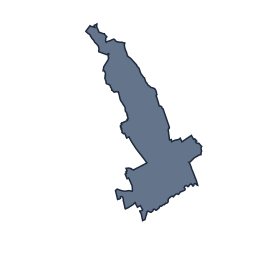 Crangurile, Dâmbovita, Romania (Equal Earth projection), rotated 305°
{"feature_id": "2599482B43839150366531", "entity_name": "Crangurile", "entity_type": "district", "adm_level": 2, "iso_a3": "ROU", "parent_name": "Romania", "parent_adm1": "Dâmbovita", "projection": "equal_earth", "projection_center": [25.247, 44.765], "detail": "fine", "context": "isolated", "style": "filled", "palette": "slate", "viewbox_px": 256, "rotation_deg": 305, "n_neighbors": 0, "source": "geoboundaries", "source_scale": "gbopen_adm2", "svg_char_len": 5825}
<svg xmlns="http://www.w3.org/2000/svg" viewBox="0 0 256 256"><g transform="rotate(305 128 128)"><path d="M155.1,199.0L155.3,197.9L156.1,194.8L155.6,193.9L155.1,193.6L155.1,192.1L155.3,191.7L155.3,191.3L155.4,191.2L156.1,191.2L156.8,191.7L157.4,188.9L156.3,188.4L158.1,184.5L158.3,184.2L147.6,180.1L149.6,176.6L148.3,176.4L148.0,176.2L147.5,175.9L145.2,173.7L144.2,173.0L141.8,171.6L143.4,170.1L142.0,168.9L149.6,161.9L150.4,161.8L150.8,161.6L151.4,161.9L151.7,161.8L152.0,161.4L152.4,161.4L162.7,147.2L163.8,145.8L163.7,145.3L163.8,144.6L164.6,143.6L164.7,143.1L164.5,141.9L164.5,141.7L164.0,140.9L166.2,138.3L170.0,133.5L170.0,133.3L169.9,133.2L170.9,132.3L171.1,132.3L171.3,132.5L171.9,132.6L172.0,132.3L172.8,131.4L173.5,130.9L174.1,129.9L174.8,129.2L175.1,128.3L175.3,127.7L175.6,127.3L175.6,127.0L175.0,126.0L175.1,125.4L174.9,124.7L174.4,123.5L174.4,122.9L174.6,122.1L174.6,121.4L174.6,119.5L174.9,119.2L175.4,118.1L175.8,117.0L175.8,116.5L176.0,116.0L178.4,112.8L178.5,112.6L178.4,112.0L178.6,111.1L179.0,110.2L179.7,107.9L180.8,106.0L183.1,103.0L183.4,102.0L183.7,100.6L184.2,99.4L184.6,98.8L186.6,90.1L186.6,86.5L187.0,86.2L187.6,85.1L189.1,83.4L190.6,80.9L191.7,79.5L193.3,77.9L194.2,77.2L195.8,76.7L195.8,76.4L195.5,76.1L195.1,75.3L195.0,74.3L194.8,74.1L194.6,73.5L194.0,72.8L193.6,72.1L193.2,71.3L192.8,70.8L192.8,70.4L192.4,69.4L192.4,69.1L192.1,67.8L192.1,67.6L192.2,67.4L192.6,66.9L192.8,66.5L192.7,65.7L192.5,65.2L191.1,64.3L190.2,63.8L189.3,63.3L186.9,61.4L185.7,60.9L186.5,59.8L186.9,59.3L187.4,59.2L188.8,58.3L189.1,58.2L190.5,58.4L190.5,57.9L190.9,57.0L191.1,55.9L191.1,55.5L191.7,54.6L190.9,53.2L190.3,50.7L189.8,49.4L193.1,44.1L195.2,43.0L195.4,42.8L194.3,42.5L192.6,41.4L191.9,42.0L191.4,43.0L190.0,39.2L190.0,38.2L183.0,38.0L182.6,40.2L182.6,42.2L182.7,43.0L182.5,43.3L182.4,43.7L182.3,44.0L181.9,44.6L181.6,44.8L181.5,45.5L180.9,46.5L180.8,46.8L180.6,47.6L180.4,48.6L180.0,50.1L179.5,50.8L179.2,51.5L178.8,53.8L178.3,56.2L178.0,56.8L177.8,56.9L177.0,58.1L175.7,59.2L174.9,59.4L173.7,60.3L175.9,68.6L176.2,68.9L177.0,69.2L177.6,69.2L177.7,69.7L177.7,69.9L177.1,69.9L177.1,69.7L176.9,69.6L176.1,70.0L175.5,70.5L175.2,70.9L174.6,71.3L174.5,71.8L173.5,72.2L173.1,72.4L172.3,72.6L164.4,73.0L160.5,74.8L161.2,75.8L160.6,77.1L159.8,78.2L159.1,78.7L158.1,79.0L157.8,79.2L157.7,79.7L157.3,79.8L156.6,79.9L155.9,80.1L154.3,82.1L153.9,82.9L153.6,83.2L152.7,83.9L152.0,84.7L152.1,85.0L152.0,85.3L152.5,86.7L152.4,87.1L152.7,87.9L152.7,88.6L152.3,89.5L151.6,90.1L151.4,90.5L151.2,91.5L150.6,92.0L150.4,92.3L149.8,92.8L149.6,93.1L149.8,93.6L149.7,94.1L149.8,94.3L149.6,94.8L149.6,95.0L149.7,95.4L149.4,95.7L149.4,96.1L149.7,96.4L150.3,97.0L150.6,97.1L151.1,97.6L151.3,97.8L151.3,98.4L151.6,98.8L152.1,99.2L150.1,101.8L148.3,103.6L146.8,105.4L146.0,106.8L145.6,108.1L144.9,109.7L144.5,110.5L143.3,113.7L142.9,114.1L142.2,114.5L140.3,116.2L139.6,118.2L138.9,119.2L138.1,119.7L138.3,120.2L137.3,120.8L136.4,122.0L135.7,122.9L134.5,122.2L133.8,123.2L129.4,120.6L128.9,120.2L128.7,119.9L128.5,120.0L127.6,119.9L127.5,120.8L125.4,120.5L125.1,121.4L124.5,121.3L124.1,123.0L123.2,122.8L122.1,125.0L121.3,125.2L120.9,125.6L120.8,126.6L120.7,127.5L121.7,128.3L120.5,130.4L119.0,132.7L121.2,133.9L120.2,136.0L119.4,137.4L118.8,139.0L118.5,139.4L115.8,146.2L114.4,150.5L113.4,153.9L111.7,159.4L110.2,163.5L96.7,156.5L96.9,156.1L96.8,155.9L96.5,155.6L96.4,155.2L96.5,154.3L96.5,153.6L96.0,153.2L96.0,152.2L94.9,150.7L93.8,149.5L92.3,151.9L91.5,151.5L91.3,151.8L90.7,151.5L89.9,152.8L88.6,152.1L85.9,156.4L87.4,157.3L86.3,159.0L85.3,160.9L84.0,162.8L82.9,164.7L80.3,166.8L78.6,167.7L77.5,165.2L76.8,164.1L75.6,163.0L74.1,161.2L73.1,159.0L72.1,155.7L71.8,154.2L69.8,153.6L69.6,153.6L63.5,160.5L64.9,161.6L66.1,162.2L66.3,162.1L66.8,161.6L67.4,161.2L68.3,162.1L68.4,162.5L68.3,162.9L68.0,163.8L67.2,164.8L66.9,165.0L65.9,165.7L65.4,166.1L65.1,166.7L60.5,171.6L60.2,172.2L60.8,172.6L61.0,172.8L61.3,173.0L62.1,173.4L62.9,173.9L63.6,174.2L65.3,174.8L65.7,175.1L66.4,175.3L68.0,176.0L69.3,176.3L70.1,176.4L70.6,176.4L70.9,176.5L71.0,176.6L70.5,177.3L68.5,181.2L71.5,182.6L69.3,187.0L69.1,187.0L67.3,186.1L67.0,185.3L66.8,185.2L66.6,185.3L65.2,188.2L60.5,193.1L62.7,194.4L62.9,194.4L66.2,193.1L66.7,193.0L67.8,192.9L68.7,192.1L69.4,192.2L70.3,191.7L71.0,191.8L71.3,192.1L71.5,192.7L71.8,194.6L72.3,195.3L72.9,195.4L73.9,195.8L74.6,195.8L75.9,195.5L76.2,195.6L76.6,196.1L76.7,196.6L76.5,197.7L77.1,198.4L78.2,198.8L78.9,199.0L79.6,199.0L80.3,199.3L80.8,199.3L82.0,199.0L82.4,199.1L82.7,199.3L82.9,200.0L83.2,200.3L85.5,200.8L85.8,201.5L86.1,201.8L86.4,201.9L87.2,201.9L87.5,201.8L87.9,201.9L88.1,202.1L88.5,202.7L88.9,203.0L89.5,203.2L90.5,203.2L90.9,203.0L91.5,202.4L91.9,202.4L92.6,202.0L93.1,201.8L93.9,201.9L94.5,202.1L95.1,202.3L95.9,202.3L97.3,203.0L97.6,203.4L97.7,203.7L97.5,204.2L97.6,204.7L98.2,204.8L98.7,204.7L101.1,205.1L101.7,205.5L102.1,205.9L102.3,206.2L102.4,206.6L102.3,207.1L102.7,207.4L104.4,207.6L105.6,207.5L105.9,207.6L106.3,208.1L106.8,208.5L107.3,208.7L107.7,208.8L108.0,209.2L109.2,209.9L109.7,210.1L110.8,209.9L111.5,208.1L112.9,208.0L113.3,208.1L114.1,208.5L114.3,208.9L114.4,209.6L114.2,210.5L114.3,210.7L114.5,210.9L115.1,211.1L116.0,211.0L116.9,211.1L117.7,211.4L118.3,211.4L118.4,211.8L118.2,212.6L118.3,213.1L118.2,213.4L117.8,213.7L117.6,214.2L117.7,214.5L118.0,214.7L118.9,214.8L119.6,214.3L120.6,214.3L121.0,214.7L120.9,215.2L121.1,215.8L121.0,216.2L121.0,216.3L121.3,216.7L121.2,217.0L120.8,217.5L121.0,218.0L124.2,214.1L124.4,213.7L128.8,207.1L131.4,203.0L131.7,202.9L134.1,199.3L134.4,198.6L134.8,198.2L134.9,197.6L135.4,198.1L136.4,198.5L141.2,199.3L142.2,199.7L144.1,200.6L145.0,201.1L146.0,201.4L146.5,201.7L148.1,203.1L149.9,201.9L151.2,201.6L151.5,201.4L151.8,200.9L152.5,200.1L153.2,199.5L154.2,199.0L154.5,199.0L155.1,199.0Z" fill="#64748b" stroke="#1e293b" stroke-width="1.5"/></g></svg>